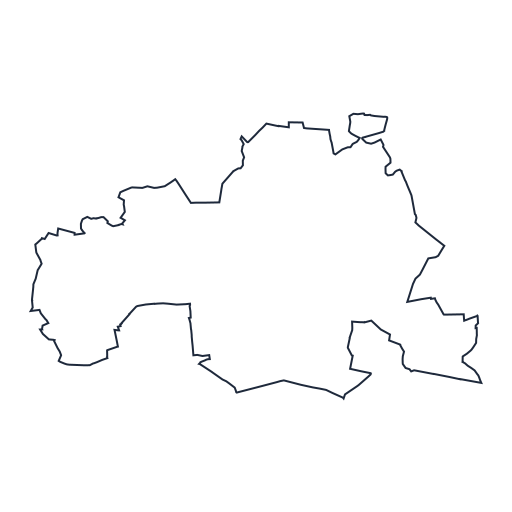 Vecauces pag., Auces, Latvia
{"feature_id": "27541924B96386945855845", "entity_name": "Vecauces pag.", "entity_type": "district", "adm_level": 2, "iso_a3": "LVA", "parent_name": "Latvia", "parent_adm1": "Auces", "projection": "mercator", "projection_center": [22.949, 56.481], "detail": "fine", "context": "isolated", "style": "outline", "palette": "slate", "viewbox_px": 512, "rotation_deg": 0, "n_neighbors": 0, "source": "geoboundaries", "source_scale": "gbopen_adm2", "svg_char_len": 5923}
<svg xmlns="http://www.w3.org/2000/svg" viewBox="0 0 512 512"><path d="M353.4,113.8L349.3,116.2L350.3,121.6L350.3,122.0L350.2,123.1L349.8,125.3L348.9,131.1L349.1,131.4L351.1,133.4L352.2,134.1L355.3,135.8L358.3,137.3L358.8,137.5L359.7,138.0L358.2,140.2L357.0,141.6L356.7,141.9L353.1,143.7L352.8,143.9L352.5,144.2L352.3,144.5L351.4,145.9L350.5,147.2L347.7,147.3L342.3,149.4L335.4,154.4L333.6,153.4L333.2,151.0L331.6,142.5L331.2,141.5L330.5,139.2L330.2,136.4L329.6,133.7L329.4,132.5L329.0,130.2L329.0,129.9L320.3,129.3L306.8,128.4L304.0,128.0L302.6,122.5L288.8,122.3L288.8,127.3L278.7,125.9L278.6,126.2L275.6,125.6L266.4,123.6L266.2,123.8L262.5,127.7L259.2,130.8L255.2,135.1L248.2,142.1L247.6,142.2L247.1,142.0L241.7,136.4L240.5,139.1L241.6,140.2L243.7,144.1L242.4,146.6L242.4,147.4L241.7,151.0L244.1,157.3L242.8,160.7L242.9,165.3L240.6,168.3L238.3,168.4L233.3,171.2L233.3,171.4L233.1,171.5L222.4,183.7L221.7,187.6L221.5,188.6L221.1,191.3L219.3,202.4L214.0,202.5L203.0,202.7L195.4,202.7L190.9,202.9L185.6,194.8L178.8,184.2L176.6,180.9L175.2,179.2L173.9,180.2L170.1,182.8L168.2,184.0L165.4,185.8L164.8,186.2L157.1,187.7L154.1,187.9L147.4,186.3L142.4,187.9L132.3,187.4L131.2,187.6L123.5,190.8L120.3,192.3L118.5,197.3L124.0,200.3L123.9,201.7L123.7,204.6L124.1,206.5L124.8,211.9L120.6,217.8L124.9,220.3L122.2,223.5L122.6,224.3L121.5,224.0L118.6,224.9L118.6,225.1L113.2,226.2L111.7,225.6L107.4,223.0L107.8,221.3L103.5,217.1L101.3,217.1L98.5,218.0L96.4,218.3L96.4,218.5L95.4,218.5L93.6,218.2L91.2,218.8L87.3,216.9L82.7,219.2L82.0,220.5L80.9,223.8L81.0,228.5L81.9,230.0L82.1,230.1L82.2,230.4L83.9,232.4L84.6,233.1L84.3,233.4L84.1,233.4L74.6,234.7L74.6,232.9L58.2,228.5L57.6,232.4L57.5,233.4L57.5,234.2L57.6,235.4L56.7,235.5L48.6,233.0L44.7,239.0L42.0,238.2L41.9,238.8L41.7,238.8L36.7,243.4L35.3,244.5L36.2,251.6L36.4,252.7L40.4,260.0L40.6,260.9L41.6,263.7L41.5,263.9L39.4,267.4L38.1,269.5L37.7,270.1L35.7,278.7L33.7,283.5L33.4,284.3L33.3,287.3L33.2,287.8L33.1,289.1L32.0,299.4L32.2,300.4L32.0,300.5L32.7,307.5L30.7,311.0L39.5,309.9L40.8,313.3L45.4,319.1L46.5,320.1L48.3,323.1L42.6,325.6L42.0,329.2L42.1,329.4L40.1,329.5L42.9,334.0L48.9,339.4L53.5,339.8L54.6,340.1L54.1,341.0L57.6,348.1L59.7,351.5L61.0,354.9L61.1,355.3L58.7,360.9L59.6,361.5L60.6,362.0L64.5,363.6L66.6,364.3L67.7,364.5L69.4,364.7L82.2,365.2L84.7,365.3L89.8,365.2L93.0,363.5L94.2,363.2L97.1,362.1L102.2,359.9L107.4,358.1L107.0,356.9L107.2,356.6L107.2,355.8L107.1,350.5L107.2,350.2L117.4,346.7L117.9,346.6L116.7,340.5L114.8,331.2L114.5,329.9L118.6,330.4L119.1,330.4L118.8,329.5L117.8,326.7L119.3,326.4L120.6,326.1L120.2,324.5L121.0,324.2L121.7,323.4L121.5,323.2L125.4,318.8L129.5,314.2L129.3,313.9L130.1,313.2L136.0,306.8L136.6,306.4L137.6,306.0L138.6,305.8L145.8,304.5L154.4,303.7L154.5,303.9L157.2,303.6L163.1,303.3L168.0,303.7L176.6,304.6L185.2,304.2L185.4,304.2L190.0,303.7L190.1,304.9L189.6,306.0L190.4,311.2L190.7,317.6L188.9,318.0L189.5,319.7L190.4,323.1L190.5,323.6L190.5,323.9L191.0,329.3L191.2,329.9L191.7,335.1L191.7,336.5L192.2,342.0L192.6,345.7L193.4,355.3L197.3,354.9L202.5,356.0L209.2,355.1L209.8,359.1L208.0,359.2L207.1,359.4L206.0,359.8L204.9,360.4L203.6,360.9L201.8,361.6L200.5,362.2L200.5,362.4L199.1,363.9L199.9,364.1L209.5,370.4L209.4,370.4L210.0,370.7L222.5,379.5L226.3,381.3L229.2,383.4L234.7,387.6L235.7,390.3L236.3,392.3L236.8,392.6L237.4,392.4L262.5,385.9L276.9,382.1L280.3,381.1L283.8,380.4L284.7,380.6L300.9,384.8L312.8,387.4L319.7,388.6L325.6,389.8L326.3,390.0L332.3,392.9L342.8,397.6L343.1,397.9L343.6,398.5L345.0,394.4L357.1,386.2L358.6,385.1L368.2,376.7L371.2,373.9L371.3,374.0L370.7,373.2L361.3,371.3L350.1,368.8L352.7,355.7L352.1,355.6L351.8,355.4L347.9,347.9L347.8,347.3L349.8,338.0L349.6,337.8L352.2,330.2L352.3,327.9L352.1,321.6L358.7,322.1L360.3,322.2L362.0,322.2L363.7,322.3L364.2,322.1L364.4,322.4L371.3,320.6L380.8,329.5L390.0,334.5L389.1,340.4L400.2,344.6L400.3,344.7L400.3,345.3L402.1,348.6L404.0,351.6L402.8,356.3L402.6,359.1L402.7,362.8L402.8,364.0L405.6,368.0L409.5,369.2L411.2,371.4L414.1,370.3L414.7,370.4L433.6,374.0L433.7,373.9L449.5,377.0L460.3,379.3L460.3,379.1L481.3,382.9L480.1,380.1L479.3,377.8L478.3,375.4L477.3,374.2L474.6,370.4L471.3,368.0L467.7,365.7L465.0,363.3L462.5,361.9L462.7,361.5L462.8,361.4L462.7,361.2L462.6,360.7L462.7,356.6L462.8,356.4L466.9,353.7L470.6,350.6L471.5,349.7L473.1,347.5L475.2,344.3L476.1,342.9L476.2,339.0L476.9,335.2L476.8,333.6L476.8,332.2L476.7,327.9L475.6,328.1L475.7,325.5L476.5,324.7L477.2,324.1L478.1,323.1L478.0,322.6L477.6,315.9L477.4,315.7L477.3,315.9L469.6,318.6L467.4,319.5L466.1,320.0L465.6,320.1L464.2,320.7L464.0,318.7L463.7,314.3L446.4,314.6L444.4,314.6L443.9,314.6L443.5,314.2L438.2,304.6L436.7,302.5L435.4,299.9L434.9,298.3L431.0,298.9L430.8,297.7L421.2,299.2L407.3,301.9L413.0,283.9L415.5,278.6L419.9,274.6L422.6,269.5L428.3,258.4L435.6,257.2L438.2,255.8L441.8,249.8L444.3,245.8L435.8,239.2L418.3,225.2L418.1,224.9L415.4,222.4L416.4,218.2L416.4,217.9L416.4,217.5L415.7,214.9L414.9,214.1L413.2,204.8L411.6,196.1L411.4,195.2L409.5,190.6L409.0,189.5L407.3,185.4L405.8,181.5L405.1,180.4L401.5,171.6L401.7,171.2L399.9,169.8L399.7,169.6L396.9,170.6L395.6,171.4L395.1,171.8L392.8,174.6L390.2,175.1L387.9,175.4L385.7,173.3L385.6,173.1L385.6,172.1L385.5,168.7L385.6,166.7L390.4,162.8L390.4,162.5L390.5,162.4L390.5,162.1L390.4,158.8L390.1,157.8L389.7,157.0L383.0,146.8L383.4,145.6L383.4,145.1L383.4,144.7L382.0,142.0L380.7,139.5L374.5,142.6L371.4,143.6L371.1,143.7L366.6,142.7L366.2,142.6L364.4,140.9L362.4,139.0L362.2,138.6L362.1,138.2L362.3,137.9L362.7,137.6L363.9,137.3L365.3,137.0L365.3,136.9L378.8,133.1L383.3,131.7L384.2,130.9L384.1,130.7L384.6,128.6L384.9,127.4L385.7,124.3L386.8,120.4L387.2,118.8L387.2,117.4L386.8,117.0L384.9,116.7L384.3,116.8L383.5,116.8L374.5,116.0L370.9,115.4L370.1,114.8L367.4,115.1L364.5,115.0L364.4,114.9L364.3,114.7L364.1,113.7L363.9,113.5L363.4,113.5L361.4,113.7L357.9,114.2L353.4,113.8Z" fill="none" stroke="#1e293b" stroke-width="2"/></svg>